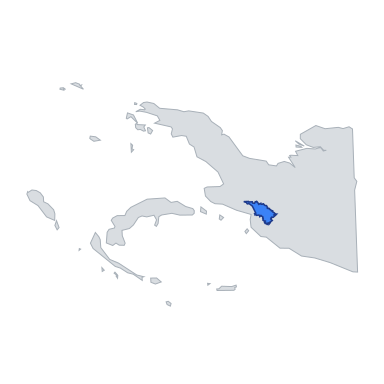 Usino Bundi District, Madang, Papua New Guinea (highlighted), rotated 178°
{"feature_id": "67681753B48669646267730", "entity_name": "Usino Bundi District", "entity_type": "district", "adm_level": 2, "iso_a3": "PNG", "parent_name": "Papua New Guinea", "parent_adm1": "Madang", "projection": "mercator", "projection_center": [145.078, -5.469], "detail": "fine", "context": "in_parent", "style": "filled", "palette": "blue", "viewbox_px": 384, "rotation_deg": 178, "n_neighbors": 0, "source": "geoboundaries", "source_scale": "gbopen_adm2", "svg_char_len": 7104}
<svg xmlns="http://www.w3.org/2000/svg" viewBox="0 0 384 384"><g transform="rotate(178 192 192)"><path d="M29.4,249.4L29.4,200.5L26.9,196.9L29.4,188.2L29.3,106.2L34.0,106.6L56.4,116.6L71.6,121.8L84.8,124.2L97.0,132.4L106.0,132.8L119.3,144.3L124.7,145.1L134.2,154.7L134.8,162.5L133.7,167.5L148.1,172.2L161.9,178.8L169.4,179.5L173.6,181.8L178.7,187.5L179.7,195.2L176.7,196.5L163.8,196.5L160.1,199.0L165.3,211.0L177.0,221.9L185.8,227.0L188.4,236.9L192.9,240.0L195.8,247.9L200.4,248.8L209.2,247.5L210.7,250.8L209.3,255.8L210.7,257.8L227.0,262.1L221.6,264.7L224.0,269.3L234.7,273.2L241.4,274.7L245.4,274.2L240.7,276.5L236.5,275.8L235.8,276.5L237.5,278.4L240.9,280.5L237.3,283.1L233.8,283.5L227.1,281.8L221.4,276.8L203.5,274.6L197.3,272.5L192.5,273.2L178.0,270.5L173.3,267.0L170.1,261.8L161.5,255.4L159.5,252.3L160.4,248.1L158.0,248.7L153.1,245.7L140.0,226.4L133.3,223.6L116.8,220.3L114.4,216.5L106.7,215.1L105.0,217.6L98.7,219.3L93.3,217.5L88.0,212.8L94.3,223.4L92.0,223.4L93.1,225.1L91.9,225.3L85.0,224.7L87.1,229.1L75.7,231.6L67.3,230.7L63.2,231.8L61.6,231.7L59.4,228.4L56.3,229.0L58.9,229.1L62.2,232.8L69.2,232.3L76.1,235.2L81.9,241.5L81.7,245.9L65.9,254.1L56.8,250.6L43.5,251.5L38.8,250.1L32.8,251.7L29.4,249.4ZM266.6,141.4L269.8,143.6L273.1,141.3L279.4,144.1L278.2,154.7L276.2,157.6L270.8,158.7L270.2,160.3L273.7,166.5L272.2,168.7L267.6,171.0L259.9,170.8L257.9,175.0L253.7,178.8L237.1,186.4L219.2,187.0L213.3,182.3L207.1,183.2L198.8,177.7L191.8,175.4L190.4,173.3L190.6,170.6L192.5,169.0L204.9,169.3L212.8,171.4L223.1,170.1L226.0,168.5L227.0,161.7L228.8,158.9L230.5,160.2L228.4,165.4L230.8,170.1L238.1,168.7L242.8,169.8L246.5,168.4L251.7,161.1L255.8,157.7L263.3,156.1L263.2,150.7L260.6,143.2L261.6,141.1L266.6,141.4ZM357.1,195.7L356.2,198.1L355.7,197.4L351.9,199.6L347.6,198.9L343.7,196.5L340.7,192.2L340.6,187.4L336.4,185.2L330.9,179.1L329.8,175.0L330.2,168.4L338.2,172.2L346.4,183.8L354.2,189.0L357.1,195.7ZM295.3,144.4L290.0,154.9L286.7,150.6L285.4,147.6L285.1,139.6L276.6,127.5L267.9,123.5L250.1,111.0L243.1,109.0L244.9,108.5L244.8,105.4L253.6,111.9L259.1,113.5L266.3,118.5L271.3,120.3L292.8,139.0L295.3,144.4ZM153.6,92.3L170.4,92.7L170.7,94.2L168.5,94.3L165.7,96.8L155.6,96.1L151.2,97.4L150.9,95.6L152.6,95.1L152.3,93.2L153.6,92.3ZM238.3,254.5L241.4,256.3L244.0,256.1L246.0,258.2L246.3,261.6L245.2,262.4L244.5,261.3L236.3,260.6L237.9,258.7L236.3,254.8L238.3,254.5ZM236.3,107.4L230.4,107.3L225.9,103.2L231.8,101.3L236.2,103.2L236.3,107.4ZM250.4,269.4L254.3,267.3L255.1,268.0L253.7,273.3L247.8,271.0L243.8,262.5L250.4,269.4ZM281.8,247.0L288.3,246.1L291.4,248.3L292.3,249.2L291.7,251.4L286.3,250.5L281.8,247.0ZM296.9,298.5L309.0,304.3L304.5,305.3L300.7,303.7L300.2,302.3L298.7,302.8L299.5,301.7L296.9,298.5ZM183.6,176.8L178.2,172.4L178.5,169.4L184.2,172.1L183.6,176.8ZM234.3,257.7L232.8,257.9L229.2,254.8L231.3,251.4L233.8,252.6L234.3,257.7ZM328.4,168.1L326.1,161.1L328.1,158.9L330.2,163.4L328.4,168.1ZM165.0,168.1L161.3,165.4L164.0,162.8L165.7,164.1L165.0,168.1ZM221.7,83.1L219.6,83.6L216.8,81.3L217.6,78.7L220.8,80.4L221.7,83.1ZM140.5,150.7L138.2,153.3L136.7,151.3L139.2,148.5L140.5,150.7ZM251.2,233.9L251.4,242.5L249.7,240.8L250.5,237.2L248.8,236.3L251.2,233.9ZM83.4,236.1L87.0,239.6L78.2,234.0L83.4,236.1ZM86.5,235.3L81.7,233.9L80.7,232.8L86.4,233.3L86.5,235.3ZM320.4,299.3L320.1,300.5L316.9,300.7L314.8,299.0L316.9,299.4L316.5,298.2L320.4,299.3ZM284.5,115.7L284.7,119.6L282.4,116.9L284.5,115.7ZM272.7,113.6L271.8,114.6L269.5,111.9L270.0,111.4L272.7,113.6ZM246.4,281.5L246.1,283.3L244.0,282.4L244.3,281.3L246.4,281.5ZM270.8,110.6L269.1,111.0L269.4,108.4L270.8,110.6ZM179.4,98.3L179.6,100.2L177.2,99.8L179.4,98.3ZM306.9,137.6L306.6,139.4L305.3,138.8L306.9,137.6Z" fill="#d9dde1" stroke="#a8b0b8" stroke-width="1"/><path d="M126.0,178.2L126.1,178.3L127.2,179.9L127.3,179.8L127.4,179.7L127.5,179.8L127.5,179.7L127.7,179.8L127.9,179.9L127.9,180.1L129.1,180.1L129.9,178.5L131.8,178.8L132.0,180.1L135.6,180.1L135.7,180.3L135.9,180.3L136.0,180.6L140.6,180.6L139.5,180.1L137.9,179.6L137.5,178.5L136.7,178.1L135.5,178.5L132.2,175.8L129.0,168.7L130.2,168.2L129.8,167.5L129.9,167.0L129.7,167.0L129.4,167.1L129.2,167.1L128.8,167.1L128.5,166.4L125.8,166.6L125.2,165.6L125.2,165.4L125.1,165.5L124.9,165.4L124.9,165.5L124.7,165.6L124.5,165.8L124.4,166.0L124.4,165.9L124.2,165.9L124.3,165.9L124.2,166.0L124.1,165.9L123.8,165.7L123.7,165.7L123.4,165.6L123.3,165.4L123.2,165.4L123.2,165.5L123.0,165.3L123.1,165.2L123.0,165.3L122.9,165.2L122.7,165.1L122.4,165.0L122.4,164.9L122.2,164.7L122.3,164.6L122.1,164.4L122.0,164.2L122.2,163.8L122.2,163.7L122.1,163.4L122.0,163.5L121.9,163.4L121.9,163.2L121.7,163.2L121.7,163.3L121.7,163.2L121.8,163.1L122.0,163.0L121.9,162.9L121.9,162.7L122.0,162.6L122.1,162.3L122.1,162.2L122.0,161.9L121.9,161.8L121.8,161.7L121.9,161.4L121.7,161.4L121.5,161.2L121.5,161.3L121.4,161.2L121.2,161.0L121.1,160.8L120.9,160.9L121.0,160.8L120.9,160.7L120.8,160.8L120.9,160.7L120.7,160.6L120.5,160.4L120.4,160.4L120.5,160.3L120.4,160.2L120.5,160.2L120.4,160.2L120.5,160.2L120.6,159.9L120.6,159.7L120.6,159.4L120.6,159.1L120.6,158.9L120.5,158.7L120.4,158.7L120.2,158.6L120.1,158.4L120.0,158.5L120.0,158.4L119.9,158.1L119.7,158.0L119.5,157.9L119.4,158.0L119.4,157.9L119.2,157.8L119.1,157.7L118.9,157.8L118.8,157.7L118.7,157.6L118.7,157.8L118.3,157.6L118.2,157.6L117.9,157.4L117.7,157.3L117.8,157.5L117.6,157.5L117.4,157.6L117.3,157.8L117.3,158.0L117.5,158.0L117.4,158.2L117.2,158.1L116.9,158.2L117.1,158.0L117.1,157.9L117.0,158.0L116.9,158.1L116.7,158.1L116.5,157.9L116.5,158.0L116.5,158.4L116.4,158.4L116.3,158.1L116.1,158.1L115.9,158.0L115.7,157.6L114.8,158.7L115.3,159.1L112.7,160.7L112.9,161.0L113.1,161.1L113.5,161.3L113.8,161.8L114.0,162.0L113.8,162.1L113.7,162.2L113.7,162.4L113.8,162.5L113.9,162.4L114.0,162.5L114.0,162.8L114.1,163.0L113.9,163.1L114.0,163.2L113.9,163.3L113.7,163.5L113.4,163.6L113.2,163.6L113.1,164.1L111.7,163.9L110.3,165.0L111.0,166.2L110.7,166.3L109.3,165.8L108.2,166.9L108.5,166.9L108.7,167.1L109.2,167.2L109.3,167.1L109.7,167.5L110.0,167.6L110.1,167.9L110.3,168.0L110.7,168.4L110.7,168.5L111.0,168.6L111.1,168.8L111.4,169.1L111.8,169.1L111.9,169.3L112.1,169.4L112.2,169.5L112.4,169.7L112.3,169.9L112.2,170.1L112.3,170.1L112.4,170.5L112.6,170.5L112.8,170.5L113.1,170.7L113.4,170.6L113.5,170.8L113.6,171.1L113.8,171.3L114.1,171.6L114.4,171.7L114.5,171.8L114.8,171.8L115.0,172.0L115.3,172.3L115.4,172.5L115.3,172.8L115.7,172.9L115.8,173.0L116.0,173.1L116.2,172.9L116.4,173.0L116.7,172.9L116.8,173.0L117.0,173.0L117.3,173.1L117.3,173.3L117.2,173.4L117.3,173.5L117.3,173.9L117.3,174.0L117.2,174.3L117.4,174.6L117.5,174.6L117.6,175.0L117.7,175.3L117.8,175.4L117.9,175.5L118.0,175.8L118.4,175.7L118.6,175.8L118.8,175.9L119.3,175.9L119.5,176.1L119.8,176.2L119.9,176.3L120.0,176.4L120.1,176.6L120.5,176.8L120.5,177.1L120.9,177.5L121.0,177.7L121.3,177.8L121.5,177.6L121.7,177.4L121.9,177.4L122.0,177.3L122.4,177.2L122.8,177.3L122.8,177.5L123.0,177.5L123.0,177.4L123.3,177.3L123.5,177.5L123.6,177.8L123.7,178.1L123.7,178.3L125.7,177.3L125.8,177.5L125.7,177.5L125.7,177.8L125.9,177.9L125.9,178.1L126.0,178.1L126.0,178.2Z" fill="#3b82f6" stroke="#1e3a8a" stroke-width="1.5"/></g></svg>